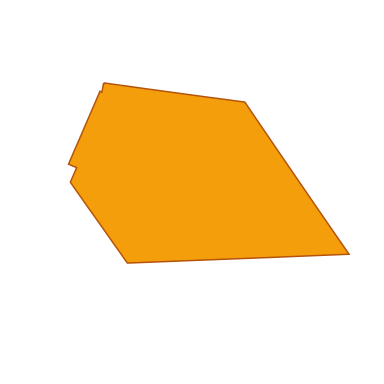 the district of General López, Santa Fe, Argentina, rotated 236°
{"feature_id": "61730980B94012431772813", "entity_name": "General López", "entity_type": "district", "adm_level": 2, "iso_a3": "ARG", "parent_name": "Argentina", "parent_adm1": "Santa Fe", "projection": "albers", "projection_center": [-61.54, -33.891], "detail": "fine", "context": "isolated", "style": "filled", "palette": "amber", "viewbox_px": 384, "rotation_deg": 236, "n_neighbors": 0, "source": "geoboundaries", "source_scale": "gbopen_adm2", "svg_char_len": 1435}
<svg xmlns="http://www.w3.org/2000/svg" viewBox="0 0 384 384"><g transform="rotate(236 192 192)"><path d="M221.4,286.1L237.0,286.1L247.9,273.8L256.7,263.9L259.5,260.7L270.8,248.0L298.3,217.2L303.2,211.7L331.1,180.6L331.3,180.4L331.1,180.1L330.9,179.9L331.2,179.6L331.4,179.3L328.7,176.6L327.7,175.6L325.8,173.7L325.4,173.3L325.3,173.2L325.1,173.0L326.8,172.1L327.0,172.0L326.0,170.5L325.3,169.4L323.4,166.5L319.9,161.1L319.8,160.9L319.6,160.6L316.9,156.3L316.6,155.9L316.3,155.4L315.7,154.4L314.4,152.5L313.4,150.8L312.7,149.8L312.6,149.6L311.4,147.8L310.5,146.4L310.4,146.2L309.6,145.0L309.5,144.9L308.9,143.9L308.5,143.3L307.4,141.5L306.7,140.4L305.6,138.7L305.4,138.4L304.5,137.0L304.3,136.7L300.3,130.5L300.1,130.1L299.9,129.9L296.6,124.6L295.9,123.6L295.5,123.0L295.4,122.8L294.5,121.4L292.5,118.2L289.9,114.2L288.9,112.6L286.6,109.0L286.5,108.9L285.9,107.9L285.4,107.2L285.0,106.7L284.1,105.2L281.2,107.1L279.9,107.9L278.6,108.8L276.7,110.0L276.6,109.9L275.8,108.5L275.7,108.5L271.2,101.4L269.2,98.3L269.1,98.1L268.3,96.9L268.1,96.6L267.8,96.6L262.9,96.7L236.8,97.2L236.5,97.2L225.8,97.5L225.7,97.5L197.2,98.1L194.6,98.1L184.1,98.4L178.6,98.5L171.7,98.6L169.4,98.7L169.2,98.7L147.8,133.3L128.7,164.2L113.1,189.4L109.7,194.9L105.2,202.2L103.9,204.2L99.5,211.4L95.0,218.6L52.6,287.4L107.7,286.8L149.6,286.5L149.8,286.5L181.9,286.3L220.6,286.1L221.2,286.1L221.4,286.1Z" fill="#f59e0b" stroke="#b45309" stroke-width="1.5"/></g></svg>